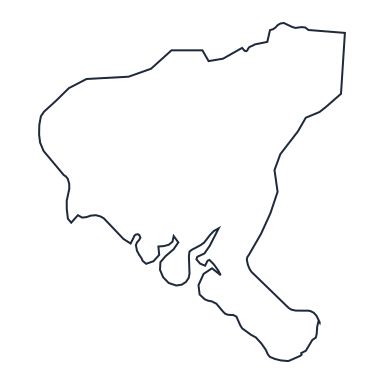 SVG path tracing the border of Boffa
{"feature_id": "GIN-5628", "entity_name": "Boffa", "entity_type": "Prefecture", "adm_level": 1, "iso_a3": "GIN", "parent_name": "Guinea", "parent_adm1": "", "projection": "natural_earth1", "projection_center": [-14.034, 10.295], "detail": "fine", "context": "isolated", "style": "outline", "palette": "slate", "viewbox_px": 384, "rotation_deg": 0, "n_neighbors": 0, "source": "natural_earth", "source_scale": "10m", "svg_char_len": 2102}
<svg xmlns="http://www.w3.org/2000/svg" viewBox="0 0 384 384"><path d="M319.6,322.8L318.4,321.6L317.2,326.7L316.7,333.9L315.8,337.6L312.3,340.0L305.8,350.8L301.2,353.1L301.6,354.7L300.2,355.9L288.8,360.9L287.5,361.0L280.7,360.4L274.8,358.9L269.9,356.9L267.8,354.3L265.9,350.0L261.3,343.4L255.8,337.4L251.0,334.8L242.2,328.4L240.4,325.6L236.4,316.6L233.5,315.1L228.1,314.8L225.3,313.8L222.9,311.5L216.4,303.7L211.6,301.3L208.1,300.7L204.6,299.2L199.6,294.5L198.5,285.1L203.6,273.9L212.0,268.3L220.7,275.2L218.3,270.6L213.8,264.3L209.4,259.9L207.5,260.8L205.1,265.7L200.1,263.6L196.4,259.3L197.3,256.8L204.4,253.5L209.8,245.7L218.7,228.3L213.9,231.0L210.5,234.4L204.1,242.6L200.5,245.2L191.6,249.9L189.5,251.6L188.9,256.3L189.5,273.8L188.6,278.1L185.9,282.0L181.7,284.7L176.2,285.5L168.7,283.0L163.1,277.2L160.0,269.8L160.4,262.2L165.6,256.1L173.6,249.3L178.3,242.4L173.7,236.1L172.5,241.7L168.7,244.8L163.7,246.1L158.4,246.5L159.2,254.9L153.4,261.3L146.1,263.8L142.6,260.8L141.5,258.2L139.3,255.0L137.0,250.8L135.9,245.2L137.0,242.4L139.1,240.0L140.4,237.7L139.2,234.9L137.4,234.2L135.6,234.7L134.2,236.0L133.7,237.4L130.6,243.5L123.4,238.9L103.8,218.3L100.4,216.4L95.9,215.2L90.9,215.6L86.5,217.1L82.2,217.6L77.9,215.2L71.2,222.7L67.9,218.7L66.8,209.4L66.7,200.9L69.3,188.7L69.2,183.8L67.8,178.9L65.9,176.5L63.7,175.0L43.6,151.0L40.1,142.6L39.1,134.7L39.3,125.0L40.9,116.3L44.1,111.6L56.2,100.6L68.9,88.1L86.5,79.0L128.6,76.7L151.1,68.7L171.5,50.3L202.4,50.3L208.6,61.1L223.0,58.7L242.1,47.9L244.5,50.7L246.1,51.2L247.2,50.5L248.1,48.7L249.3,47.1L253.5,45.2L254.9,44.4L267.3,41.9L270.0,30.1L273.1,29.2L275.5,27.5L277.8,25.0L280.5,23.5L283.8,23.0L292.3,27.0L295.5,27.9L301.5,27.1L305.2,27.5L308.5,30.0L344.9,32.9L341.0,93.8L325.3,107.5L319.5,112.0L305.8,117.7L297.9,131.4L280.3,154.2L274.5,170.1L277.6,191.8L270.4,213.3L261.1,233.7L248.7,255.2L247.3,257.1L246.8,259.7L247.8,264.5L248.8,267.2L250.0,269.7L251.5,271.9L288.7,308.0L290.3,309.0L291.9,309.8L295.8,310.6L308.5,310.7L310.5,311.1L313.8,312.8L316.5,315.8L319.6,322.1L319.6,322.7L319.6,322.8Z" fill="none" stroke="#1e293b" stroke-width="2"/></svg>